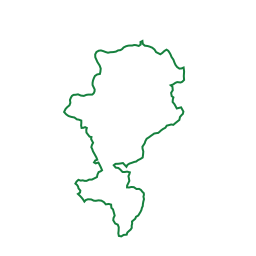 the district of Paraisópolis, Minas Gerais, Brazil, rotated 317°
{"feature_id": "56859067B39905941746650", "entity_name": "Paraisópolis", "entity_type": "district", "adm_level": 2, "iso_a3": "BRA", "parent_name": "Brazil", "parent_adm1": "Minas Gerais", "projection": "robinson", "projection_center": [-45.837, -22.581], "detail": "fine", "context": "isolated", "style": "outline", "palette": "green", "viewbox_px": 256, "rotation_deg": 317, "n_neighbors": 0, "source": "geoboundaries", "source_scale": "gbopen_adm2", "svg_char_len": 3233}
<svg xmlns="http://www.w3.org/2000/svg" viewBox="0 0 256 256"><g transform="rotate(317 128 128)"><path d="M197.9,74.2L195.8,73.6L194.1,75.6L191.8,75.3L190.4,72.9L189.1,71.5L187.4,70.6L185.9,69.2L184.4,68.0L182.4,66.9L179.7,66.1L177.6,66.3L175.6,65.9L173.7,64.5L171.3,63.9L169.1,62.5L166.7,60.5L164.7,59.3L163.4,57.1L162.4,55.0L161.1,52.8L159.3,51.5L156.8,50.9L154.2,51.8L152.3,54.0L151.5,56.4L150.6,59.0L149.9,62.9L148.6,65.9L146.1,68.1L144.3,69.3L142.0,67.8L139.3,67.4L137.2,68.2L134.8,69.4L132.9,70.8L131.4,72.4L130.6,74.9L129.9,77.1L128.5,78.4L126.6,79.2L124.7,79.2L123.1,77.8L121.9,76.6L120.2,75.4L117.6,74.4L115.7,72.2L114.4,69.3L112.4,68.0L110.7,66.6L108.9,66.3L107.1,66.8L104.7,67.9L103.0,70.3L100.6,71.5L97.8,71.3L95.3,71.5L92.2,72.7L92.1,75.8L92.7,78.7L94.1,81.2L96.0,83.8L96.5,86.8L97.7,88.3L98.9,90.7L97.3,92.5L95.5,94.1L94.1,96.3L95.5,97.4L97.2,98.1L97.9,99.9L96.2,100.9L94.5,103.0L94.2,105.8L94.0,108.1L95.1,109.7L93.5,110.9L93.0,112.7L92.4,115.0L90.1,115.8L88.1,117.0L87.4,119.2L86.5,121.1L85.9,123.6L85.4,125.6L84.8,128.0L83.9,130.2L81.9,129.4L79.7,130.0L80.2,131.8L82.8,133.1L82.2,135.3L81.3,138.3L80.2,141.2L78.4,141.0L76.5,140.2L74.0,141.2L71.8,142.7L69.4,142.0L66.4,141.1L64.5,139.3L61.6,138.4L60.3,137.2L59.2,135.4L57.5,134.2L56.4,132.1L53.8,132.1L51.6,132.8L51.9,134.8L51.6,136.7L50.6,138.4L50.5,141.2L48.9,142.5L46.4,142.1L46.6,144.7L46.6,147.1L46.4,149.6L45.9,152.1L48.0,151.9L50.1,152.8L52.4,155.2L53.4,157.8L54.8,159.3L57.1,160.8L59.0,163.0L59.8,165.7L59.7,168.7L62.1,170.4L63.4,172.5L61.4,175.0L61.5,177.3L60.2,179.8L58.5,183.0L56.1,183.9L54.3,185.4L53.5,189.1L54.6,191.7L53.6,194.2L51.0,196.8L49.1,198.4L47.7,200.7L49.2,202.7L51.9,203.2L54.3,205.1L56.2,204.0L58.6,204.0L60.6,204.1L62.6,203.6L64.1,201.9L65.8,200.8L67.2,199.1L69.1,199.2L71.4,199.3L73.3,198.4L75.8,199.0L78.0,198.4L79.8,197.9L81.9,197.1L83.7,195.9L85.5,195.2L87.0,193.8L89.0,192.3L91.2,190.9L92.5,188.7L94.0,187.8L95.1,186.4L95.0,184.4L95.2,182.1L94.6,180.1L92.6,178.4L91.9,175.2L90.2,173.4L88.3,172.3L86.8,170.8L88.1,169.5L90.2,168.7L92.9,167.6L94.4,165.3L95.5,163.5L97.3,162.8L99.1,161.7L97.6,159.3L95.5,157.9L94.0,156.4L94.0,153.1L93.7,150.7L92.0,148.6L92.2,145.5L94.4,145.7L96.7,147.7L98.6,149.0L100.4,150.2L100.4,152.9L100.4,155.3L102.4,154.6L104.8,155.0L106.9,156.0L109.5,157.1L111.1,158.1L113.4,158.3L115.9,159.1L118.6,159.6L121.0,157.6L123.2,155.6L124.5,153.1L125.8,151.5L128.0,151.0L129.9,150.5L131.6,149.5L134.3,148.6L137.1,149.1L139.7,149.4L141.7,149.7L143.4,149.9L145.2,151.1L146.8,152.2L148.6,152.3L150.4,152.3L152.9,152.6L155.5,153.3L157.9,152.7L160.3,154.0L162.0,154.9L163.3,156.6L165.7,156.7L168.5,156.9L171.1,157.1L173.5,155.4L176.0,155.1L177.7,155.1L179.7,153.8L180.9,149.1L177.0,147.0L178.2,142.4L178.4,139.4L180.5,137.5L182.1,136.6L181.7,134.5L183.5,131.7L186.5,130.9L188.6,128.2L188.4,125.9L190.6,126.9L193.5,127.3L195.3,128.0L197.5,130.6L199.2,131.2L201.8,131.1L204.2,128.1L207.5,125.0L209.9,121.7L207.7,120.9L206.1,119.6L205.5,116.9L205.8,114.2L206.6,111.8L207.8,109.0L208.3,105.6L209.2,103.4L209.7,101.4L210.1,99.0L209.6,97.0L207.2,96.5L204.1,96.5L201.9,96.1L201.2,94.1L200.3,91.7L200.9,88.7L200.5,85.8L199.3,83.2L198.3,81.5L196.4,79.2L196.2,76.5L197.9,74.2Z" fill="none" stroke="#15803d" stroke-width="2"/></g></svg>